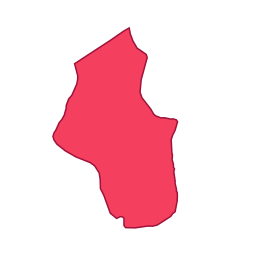 outline of San José Ojetenam, San Marcos, Guatemala, rotated 18°
{"feature_id": "79465075B2462316079287", "entity_name": "San José Ojetenam", "entity_type": "district", "adm_level": 2, "iso_a3": "GTM", "parent_name": "Guatemala", "parent_adm1": "San Marcos", "projection": "natural_earth1", "projection_center": [-91.954, 15.237], "detail": "fine", "context": "isolated", "style": "filled", "palette": "rose", "viewbox_px": 256, "rotation_deg": 18, "n_neighbors": 0, "source": "geoboundaries", "source_scale": "gbopen_adm2", "svg_char_len": 1077}
<svg xmlns="http://www.w3.org/2000/svg" viewBox="0 0 256 256"><g transform="rotate(18 128 128)"><path d="M98.2,32.5L97.3,33.5L93.8,37.4L84.1,50.1L57.3,83.4L59.0,85.9L64.0,93.8L65.1,97.3L65.7,102.3L64.5,114.0L62.6,118.7L62.3,125.5L63.1,128.6L63.4,135.5L62.5,140.3L60.9,144.3L60.0,152.6L59.2,155.3L59.2,159.2L61.4,162.3L65.5,165.4L75.4,169.1L87.5,171.6L102.8,172.6L108.0,174.3L114.4,179.6L117.4,185.4L120.5,194.1L125.8,199.5L137.5,214.5L145.1,217.5L148.0,214.7L150.5,214.2L152.1,215.2L154.3,222.0L156.5,223.5L165.8,220.7L177.0,215.2L181.9,213.7L185.8,211.2L187.1,209.7L195.9,198.9L197.0,195.6L198.7,193.1L197.3,182.1L195.9,177.1L194.6,173.8L193.7,173.3L192.9,171.1L189.5,165.4L189.4,164.2L185.0,155.3L184.9,152.6L183.3,151.1L182.4,148.4L179.8,144.6L178.5,139.6L177.5,138.3L172.7,125.7L172.7,120.9L173.5,115.7L173.2,106.7L171.4,105.3L167.7,105.4L166.5,106.2L159.5,107.0L156.2,108.2L150.6,107.9L147.9,106.7L143.8,103.0L131.9,94.9L128.4,90.2L125.6,78.0L124.5,55.1L122.6,52.4L111.9,49.2L105.7,43.6L101.2,37.9L98.2,32.5Z" fill="#f43f5e" stroke="#9f1239" stroke-width="1.5"/></g></svg>